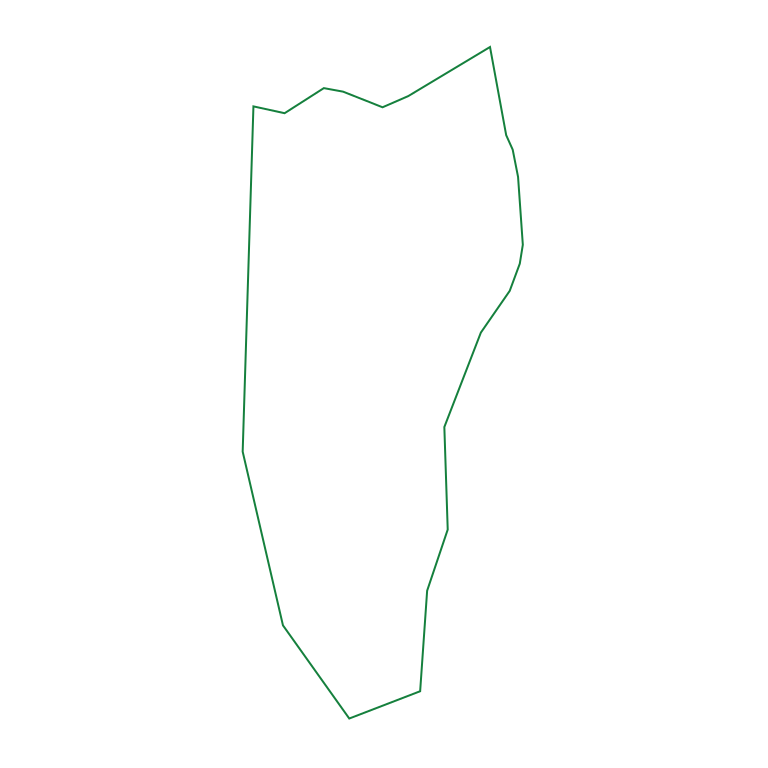 Hoce-Slivnica, Equal Earth projection, rotated 268°
{"feature_id": "SVN-229", "entity_name": "Hoce-Slivnica", "entity_type": "Municipality", "adm_level": 1, "iso_a3": "SVN", "parent_name": "Slovenia", "parent_adm1": "", "projection": "equal_earth", "projection_center": [15.644, 46.488], "detail": "fine", "context": "isolated", "style": "outline", "palette": "green", "viewbox_px": 768, "rotation_deg": 268, "n_neighbors": 0, "source": "natural_earth", "source_scale": "10m", "svg_char_len": 428}
<svg xmlns="http://www.w3.org/2000/svg" viewBox="0 0 768 768"><g transform="rotate(268 384 384)"><path d="M321.3,240.4L666.0,263.2L658.1,294.1L681.8,334.2L677.6,353.3L660.6,392.2L670.9,418.3L717.1,501.7L628.4,514.8L613.7,520.8L586.3,525.2L518.3,527.6L499.5,523.9L472.7,512.9L432.0,482.6L338.9,442.8L236.3,442.6L175.9,419.9L75.7,409.4L50.9,337.6L146.3,274.6L321.3,240.4Z" fill="none" stroke="#15803d" stroke-width="2"/></g></svg>